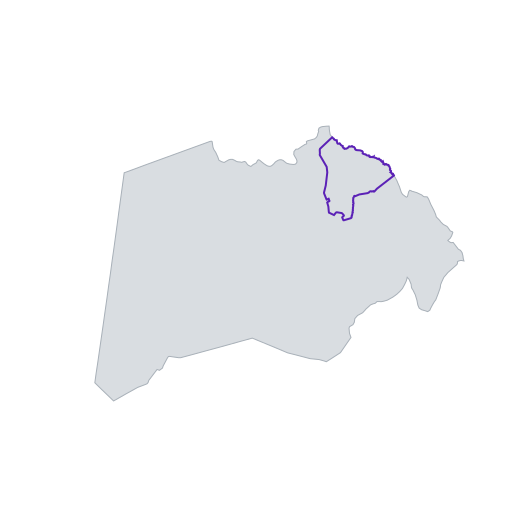 location of Salamat within Chad, rotated 250°
{"feature_id": "TCD-1489", "entity_name": "Salamat", "entity_type": "Prefecture", "adm_level": 1, "iso_a3": "TCD", "parent_name": "Chad", "parent_adm1": "", "projection": "mercator", "projection_center": [20.31, 10.611], "detail": "fine", "context": "in_parent", "style": "outline", "palette": "violet", "viewbox_px": 512, "rotation_deg": 250, "n_neighbors": 0, "source": "natural_earth", "source_scale": "10m", "svg_char_len": 8064}
<svg xmlns="http://www.w3.org/2000/svg" viewBox="0 0 512 512"><g transform="rotate(250 256 256)"><path d="M379.3,160.6L379.3,171.7L379.4,182.7L379.4,193.7L379.4,204.7L379.4,215.7L379.4,226.6L379.4,237.5L379.4,248.4L379.4,252.0L379.1,253.4L379.0,253.6L378.5,253.9L373.0,252.8L370.5,252.8L367.1,253.6L362.1,254.0L358.8,253.9L356.6,255.7L354.8,258.0L355.7,263.4L355.5,265.2L354.8,267.0L353.3,268.6L351.7,269.9L350.8,271.0L349.7,273.4L348.9,274.6L348.9,276.1L348.7,277.7L347.7,278.5L345.4,279.1L343.9,279.8L342.7,281.0L341.9,281.8L342.3,283.0L342.9,284.5L343.2,286.9L343.5,288.3L344.6,289.4L345.3,290.2L345.6,291.2L344.9,292.1L342.0,293.8L340.9,294.5L339.6,295.3L339.1,295.7L337.0,297.3L335.9,298.8L335.4,300.0L335.5,301.7L336.5,304.2L337.7,306.3L338.1,307.9L338.4,309.6L338.3,311.3L337.7,312.8L336.6,314.1L332.7,316.5L330.8,319.2L329.2,322.5L328.8,324.3L329.3,325.5L330.1,326.5L331.3,327.0L333.0,327.1L335.8,326.6L338.4,326.2L341.2,327.4L342.7,330.1L342.1,332.1L343.1,335.8L344.1,340.1L344.0,341.6L344.4,342.2L346.2,342.4L346.6,343.5L346.0,351.1L346.8,353.3L348.0,354.8L349.3,355.6L350.6,356.6L351.3,357.4L352.8,357.5L354.6,358.9L355.0,360.8L354.9,362.6L353.9,366.5L353.1,369.1L352.1,368.9L350.0,368.2L347.6,367.7L344.5,367.2L341.6,368.3L338.5,369.7L337.5,370.7L336.6,371.3L335.2,371.2L334.0,371.4L333.3,372.3L332.1,373.4L327.6,375.7L326.6,376.5L326.1,377.3L326.1,378.2L326.5,380.0L326.5,382.2L325.5,384.1L324.3,385.3L323.0,385.8L321.9,386.0L321.2,386.8L318.8,390.9L317.8,391.7L315.7,391.6L309.7,397.8L309.1,399.6L307.0,402.2L304.2,405.1L301.7,406.5L301.5,407.0L300.9,407.6L299.4,408.2L294.1,411.7L287.8,411.6L285.0,412.9L282.3,413.6L278.3,414.2L277.1,414.2L272.0,414.5L266.1,414.3L263.8,414.8L261.6,416.2L260.0,417.3L259.8,417.7L260.0,418.2L260.0,418.6L264.2,421.5L265.2,422.9L264.2,424.2L263.7,424.4L263.6,424.5L262.9,425.6L260.5,428.8L256.7,432.6L254.8,433.7L254.1,434.4L253.1,437.0L252.4,437.3L249.9,437.7L244.8,437.9L237.8,438.8L233.6,439.0L231.0,438.8L227.3,440.5L226.0,441.0L225.2,441.1L221.6,442.8L218.6,445.5L217.5,446.0L213.2,447.1L211.5,448.9L210.8,449.0L208.0,446.7L206.2,444.5L205.3,442.3L205.1,441.6L204.6,441.7L203.1,442.7L201.8,443.8L201.3,445.9L196.9,447.3L193.1,448.5L191.4,450.1L188.7,450.8L185.4,450.5L182.8,449.9L180.2,449.7L181.4,447.8L181.9,446.3L182.0,444.6L181.8,443.4L180.3,442.8L179.3,441.9L177.1,436.4L174.9,430.8L171.7,425.2L168.2,421.7L165.7,419.5L164.9,419.2L163.6,418.5L162.7,417.9L158.1,414.1L153.3,409.9L152.1,408.0L149.7,405.1L147.0,402.1L145.6,400.8L145.0,398.3L146.8,396.1L148.8,393.3L151.2,391.5L154.4,391.3L159.5,392.1L165.1,392.4L170.6,391.8L172.1,391.4L173.5,391.4L176.4,392.1L181.6,391.9L184.3,390.8L181.4,388.9L178.3,385.8L175.4,382.5L173.7,379.4L172.0,375.5L170.6,370.7L169.6,364.4L169.8,360.9L170.2,358.3L171.8,354.2L170.8,351.8L171.0,349.8L170.9,346.9L170.3,345.5L168.3,340.6L167.9,340.1L166.2,336.8L165.4,331.2L163.4,327.5L160.1,325.7L158.3,323.6L157.6,319.7L156.3,318.7L151.3,317.4L147.0,317.4L143.9,313.0L140.0,307.5L136.3,302.3L133.9,291.9L132.6,285.9L134.1,284.1L137.1,279.9L141.0,271.8L149.7,259.2L154.1,252.7L163.0,243.1L173.9,231.2L180.1,224.4L181.1,212.2L182.1,199.2L182.9,189.3L183.9,177.6L184.7,167.8L185.3,160.6L186.2,150.5L186.9,148.5L191.2,140.5L191.5,139.4L190.7,138.1L184.6,131.3L182.7,129.8L181.6,126.2L183.2,124.2L175.8,112.7L174.0,111.3L173.2,109.9L173.1,107.8L173.0,99.9L171.0,87.3L168.5,72.6L177.1,68.4L183.6,65.2L192.0,61.2L199.8,65.3L211.0,71.4L222.2,77.4L233.4,83.4L244.6,89.4L255.9,95.4L267.1,101.4L278.3,107.3L289.5,113.3L300.8,119.2L312.0,125.2L323.2,131.1L334.4,137.0L345.7,142.9L356.9,148.8L368.1,154.7L379.3,160.6Z" fill="#d9dde1" stroke="#a8b0b8" stroke-width="1"/><path d="M341.5,368.2L341.4,368.3L340.9,368.4L340.4,368.6L340.1,368.8L339.7,369.2L339.4,369.3L339.2,369.3L338.9,369.2L338.6,369.4L338.3,369.7L337.6,370.3L337.4,371.0L337.1,371.5L336.4,371.2L336.0,371.2L334.1,371.0L333.6,371.2L333.4,371.7L333.2,372.2L333.1,372.5L333.3,373.0L333.0,373.3L331.6,373.6L331.2,373.8L330.5,374.3L329.9,374.8L329.7,375.1L329.0,374.8L328.8,374.8L328.3,374.9L328.1,375.0L327.9,375.0L327.7,375.4L327.2,375.5L326.8,375.6L326.4,375.8L326.3,376.2L326.3,376.7L326.0,377.4L326.0,377.8L326.0,378.3L326.3,379.2L326.3,379.6L326.4,379.8L326.8,380.3L326.9,380.5L327.0,380.7L326.9,380.8L326.9,381.0L327.1,381.2L326.4,382.4L326.3,382.9L326.3,383.1L326.4,383.5L326.5,383.7L326.4,383.9L326.1,384.0L325.9,384.0L325.7,384.1L325.4,384.6L325.2,385.0L324.9,385.4L324.3,385.6L324.2,385.6L323.4,385.9L323.1,385.9L322.8,385.9L322.5,385.8L322.3,385.7L321.5,386.2L320.9,387.1L319.7,389.9L319.0,390.8L318.3,391.6L317.5,391.9L317.2,391.9L316.2,391.5L315.9,391.3L315.5,391.6L314.3,393.0L314.2,393.3L314.1,393.7L313.9,393.7L312.6,394.6L312.4,395.0L312.0,395.8L312.0,396.3L311.9,396.3L311.7,396.3L311.4,396.6L311.2,396.7L311.1,396.8L310.8,396.5L310.6,396.5L310.4,396.6L310.1,396.8L310.0,397.0L309.9,397.1L309.8,397.5L309.5,398.2L309.4,398.5L309.4,399.3L309.3,399.6L308.9,399.7L308.9,399.9L309.0,400.0L309.1,400.4L308.8,400.2L308.6,400.3L308.6,400.5L308.0,401.0L307.8,401.2L307.7,401.5L307.5,401.8L306.6,402.8L306.3,403.0L305.8,403.2L305.6,403.8L305.6,404.3L305.4,404.8L305.2,404.8L305.0,404.7L304.9,404.6L304.6,404.9L304.6,405.0L304.3,405.0L304.1,405.3L304.0,405.6L303.8,405.8L303.7,405.6L303.4,405.8L302.4,406.1L301.4,406.6L301.7,407.6L300.5,407.6L300.4,407.5L300.0,407.4L299.5,407.4L299.0,407.1L298.8,407.1L298.7,407.3L298.7,407.6L298.6,407.9L298.4,408.0L298.1,408.0L297.7,408.3L297.9,408.9L298.1,409.4L298.0,409.7L297.4,409.9L297.0,410.4L296.8,410.9L296.3,411.5L296.0,411.3L295.7,411.4L295.5,411.5L295.1,411.8L294.9,411.9L294.5,412.0L292.6,411.9L292.1,412.0L291.6,411.5L291.3,411.4L291.1,411.3L290.7,411.4L290.1,411.9L289.7,412.0L289.3,411.8L289.0,411.6L288.8,411.3L288.7,411.1L288.4,411.4L288.4,411.5L288.2,411.6L287.9,411.5L287.7,411.5L286.8,412.1L286.8,412.4L286.8,412.5L286.7,412.6L286.4,412.2L286.2,412.1L286.1,412.3L286.0,412.5L285.9,412.7L285.7,412.8L285.5,412.7L285.4,412.8L284.8,413.2L284.5,413.2L277.9,392.7L276.2,389.4L276.1,389.2L276.2,388.9L276.3,388.8L276.3,388.7L276.8,388.5L276.8,388.4L276.8,388.2L276.8,387.9L276.8,387.7L277.0,387.4L277.0,387.0L277.1,386.9L277.2,386.5L277.2,386.4L277.3,386.3L277.5,386.2L277.6,385.9L277.7,385.6L277.7,385.3L277.6,385.0L277.4,384.3L277.1,384.0L276.9,382.4L278.1,376.2L278.5,374.2L278.3,370.1L278.3,369.6L278.5,369.5L278.8,369.2L278.8,368.8L278.7,368.7L278.4,368.6L278.2,368.5L278.1,368.3L277.9,368.0L277.6,367.5L277.5,367.4L277.4,367.3L277.0,367.2L276.8,367.1L276.7,367.1L276.5,366.9L276.4,366.8L276.0,366.7L275.8,366.7L275.7,366.6L275.3,366.4L275.2,366.3L275.0,366.2L274.9,366.2L274.7,366.2L274.4,366.2L274.2,366.2L273.9,366.0L273.7,365.8L273.6,365.7L273.3,365.6L273.2,365.6L272.7,365.7L272.5,365.8L272.2,365.7L271.9,365.6L271.7,365.5L271.6,365.4L271.3,364.9L271.2,364.8L271.1,364.7L270.8,364.6L270.7,364.6L270.3,364.7L270.2,364.7L269.2,364.2L268.8,363.9L268.7,363.8L268.6,363.7L268.1,363.6L267.9,363.6L267.5,363.3L267.1,363.2L266.9,363.1L266.7,362.9L266.4,362.8L266.0,362.8L265.8,362.7L265.7,362.7L265.3,362.3L265.0,362.1L264.8,362.1L264.4,362.0L264.3,361.9L264.2,361.9L264.2,361.7L263.9,361.5L263.5,361.5L263.4,361.4L262.4,360.8L262.1,360.5L261.7,360.4L261.4,360.2L261.2,360.0L261.1,359.8L261.1,359.7L260.9,359.6L260.6,359.6L260.4,359.5L260.3,359.4L260.2,359.3L260.2,359.2L259.9,359.0L259.5,359.0L259.4,358.9L259.3,358.6L259.2,358.4L259.1,358.2L259.1,357.8L259.5,350.9L259.6,350.6L259.7,350.4L260.0,350.3L262.6,350.2L262.7,350.3L262.9,350.3L263.1,350.6L263.7,352.2L263.9,352.4L264.1,352.4L264.4,352.4L266.5,351.6L266.8,351.4L267.1,351.1L269.4,347.0L269.5,346.6L269.5,346.3L269.4,345.9L267.8,343.3L271.8,339.4L272.9,339.6L277.7,340.9L281.9,341.2L282.2,341.7L282.3,342.1L282.4,343.4L282.5,343.6L282.6,343.8L282.8,343.8L283.0,343.9L283.6,343.8L284.7,343.9L284.8,343.8L285.0,343.8L285.0,343.7L284.8,342.2L284.8,341.9L284.8,341.7L285.2,341.6L291.3,341.4L292.0,341.5L292.5,341.7L298.3,345.6L310.2,351.6L315.6,352.9L328.8,350.5L329.2,350.5L329.5,350.6L330.4,351.1L334.0,352.2L334.5,352.6L334.9,352.9L341.5,368.2L341.5,368.2Z" fill="none" stroke="#5b21b6" stroke-width="2"/></g></svg>